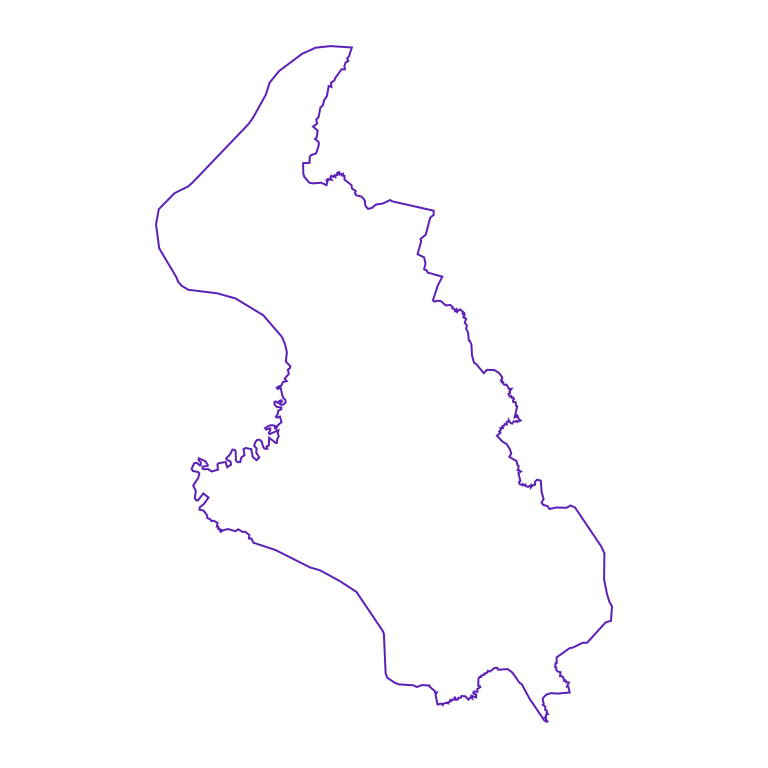 Pak Khat, Bueng Kan, Thailand (orthographic projection)
{"feature_id": "78962969B17401881155721", "entity_name": "Pak Khat", "entity_type": "district", "adm_level": 2, "iso_a3": "THA", "parent_name": "Thailand", "parent_adm1": "Bueng Kan", "projection": "orthographic", "projection_center": [103.357, 18.296], "detail": "fine", "context": "isolated", "style": "outline", "palette": "violet", "viewbox_px": 768, "rotation_deg": 0, "n_neighbors": 0, "source": "geoboundaries", "source_scale": "gbopen_adm2", "svg_char_len": 6106}
<svg xmlns="http://www.w3.org/2000/svg" viewBox="0 0 768 768"><path d="M351.8,47.5L330.7,46.1L315.6,47.7L302.1,53.8L279.0,71.1L269.6,82.7L265.9,94.5L253.2,117.5L248.5,124.1L192.5,182.6L188.3,186.3L174.5,193.2L158.8,209.2L156.0,224.4L159.2,248.3L176.5,277.5L178.1,281.7L181.6,285.8L188.4,289.8L217.1,293.3L235.6,298.5L263.2,315.2L282.0,336.9L285.1,344.5L286.9,352.4L285.8,361.6L290.4,366.2L290.0,368.0L287.9,369.7L288.8,373.9L284.7,378.7L286.7,381.1L282.8,382.1L281.7,385.1L276.8,387.6L277.9,389.0L280.6,387.6L282.8,397.3L285.3,399.8L285.6,402.4L283.4,404.5L280.7,404.8L279.7,403.8L281.9,401.5L281.5,400.3L279.5,400.8L277.7,402.8L275.5,401.4L274.3,402.2L274.6,404.8L277.0,407.0L281.4,407.5L281.2,409.4L278.2,410.6L277.9,413.5L275.9,416.9L277.0,417.6L279.9,416.5L281.5,422.2L277.8,425.3L276.1,428.9L274.8,428.2L275.2,426.0L272.4,425.2L269.1,425.6L265.1,428.2L266.3,429.6L270.2,428.3L270.4,429.9L268.8,433.0L269.6,434.1L278.4,430.3L277.7,432.8L278.7,436.2L277.2,439.3L276.9,442.9L275.9,443.1L269.2,437.8L268.8,445.5L266.6,446.4L267.3,448.8L264.6,448.7L263.2,447.0L261.7,441.5L259.9,439.8L257.2,439.9L255.1,442.5L254.2,446.0L256.6,448.4L256.3,452.8L259.3,457.4L256.6,460.2L252.8,457.0L251.2,449.1L245.7,448.0L243.5,449.1L244.5,455.1L241.3,457.5L240.2,462.1L237.4,462.2L235.9,460.3L235.6,451.2L234.6,449.9L232.5,449.6L230.0,454.4L226.2,458.4L226.7,459.6L230.5,461.5L231.1,464.7L227.2,467.2L225.6,462.0L218.4,463.3L217.5,464.3L217.9,469.7L211.7,471.5L208.0,469.0L203.8,469.3L202.5,468.6L202.6,466.8L207.6,465.8L207.8,464.9L205.4,461.2L198.9,458.3L198.4,459.9L200.8,462.3L200.7,465.2L199.7,465.4L197.1,463.0L194.2,463.2L191.6,468.8L192.9,471.0L198.1,472.0L199.4,473.3L198.2,478.0L193.2,485.6L195.8,490.9L194.8,498.4L196.6,500.5L198.0,500.4L203.3,493.4L208.5,497.5L203.9,504.0L199.8,507.2L199.4,509.6L203.6,510.6L207.0,515.2L207.3,518.0L210.5,519.5L211.0,520.8L214.1,520.9L217.6,522.9L216.8,526.6L218.4,526.8L218.2,528.9L220.9,529.6L220.0,531.0L220.8,531.8L223.7,530.0L228.2,529.1L235.5,531.2L238.2,529.3L242.7,532.0L245.2,531.7L249.4,535.1L248.9,538.5L251.4,538.5L253.4,542.7L275.6,550.1L309.8,567.3L320.2,570.4L340.2,581.3L356.5,592.0L383.1,631.5L383.9,634.1L385.6,673.2L387.4,677.8L395.1,683.0L399.3,684.4L413.3,685.3L416.9,687.0L421.7,685.1L429.4,685.5L429.5,686.5L434.9,691.2L435.2,692.6L436.8,692.4L435.6,695.0L437.5,704.5L441.5,703.6L442.7,705.1L443.3,703.8L445.8,702.8L448.2,703.4L448.1,702.3L449.9,701.7L450.1,700.4L451.4,700.8L451.4,699.7L454.6,699.6L454.5,696.7L456.3,699.8L458.0,699.4L458.4,697.8L460.9,697.7L461.5,696.0L465.4,696.3L468.5,699.7L470.6,697.3L472.3,698.4L471.5,695.8L476.1,697.4L476.2,694.4L473.5,693.6L473.3,692.5L474.1,691.4L477.5,691.7L477.4,688.9L480.3,687.2L479.7,685.9L478.2,685.6L478.5,678.8L479.4,677.0L481.2,676.9L481.3,675.6L484.3,674.8L484.2,673.7L486.9,672.8L487.9,670.8L489.8,671.6L494.7,667.9L497.4,667.9L497.8,669.4L499.2,669.7L507.7,669.1L512.5,672.7L519.3,682.5L521.8,684.3L529.4,698.4L544.3,720.5L546.9,721.9L547.4,721.3L545.9,720.2L546.3,719.1L544.9,717.4L545.9,717.0L546.0,714.7L548.0,714.0L546.6,712.4L546.9,710.8L545.1,709.8L545.3,706.5L542.8,704.8L543.7,703.7L542.6,699.2L543.6,697.3L546.3,694.6L551.1,693.1L557.3,693.6L569.7,692.5L568.3,686.7L566.9,686.6L568.9,682.6L566.3,682.3L566.2,681.3L564.4,680.9L565.1,680.2L563.7,679.5L563.4,677.6L561.6,676.0L560.1,676.1L560.5,672.2L557.4,671.4L556.1,669.3L556.3,667.5L555.1,667.1L555.6,663.1L556.7,663.1L556.6,657.4L569.7,648.1L572.9,647.6L582.3,642.9L587.1,642.7L605.6,622.4L611.0,620.8L612.0,606.4L609.5,602.0L607.1,594.4L604.1,579.5L604.4,553.2L601.3,546.5L575.1,507.6L570.6,505.5L566.4,507.8L556.2,507.5L549.6,509.0L547.4,506.1L543.1,504.8L541.5,502.5L543.6,499.1L541.6,491.9L540.8,480.6L537.1,479.7L535.3,481.4L534.8,485.0L532.5,485.4L531.0,487.2L531.1,485.0L528.1,486.9L525.4,485.9L525.5,484.6L523.9,485.0L522.9,484.1L522.3,485.2L519.5,483.9L519.0,481.9L520.4,481.0L518.4,473.2L520.9,471.5L518.4,470.5L519.1,470.2L518.1,469.4L518.6,465.9L517.4,464.8L516.5,461.0L509.3,456.9L511.3,453.5L509.7,448.9L506.6,444.0L502.6,441.7L496.9,435.6L500.4,432.8L499.2,431.4L500.8,430.2L500.4,428.1L502.9,428.1L502.3,426.3L504.2,425.6L504.6,424.1L506.8,424.5L506.7,422.0L508.5,421.6L508.7,420.0L510.3,422.7L512.1,423.6L513.9,421.2L515.7,421.8L516.7,420.9L517.5,421.8L520.6,420.5L518.7,418.9L517.3,415.3L516.1,415.2L516.2,417.0L514.7,417.4L517.2,406.4L516.3,406.1L515.6,402.3L513.3,402.0L513.0,400.3L514.0,399.0L513.1,397.4L511.8,397.8L511.0,396.0L509.7,396.5L508.5,394.0L510.1,393.0L509.4,391.7L511.5,388.8L509.0,389.0L506.6,384.6L504.7,384.9L503.1,383.7L503.3,382.2L501.6,382.1L501.9,380.1L500.3,380.7L502.1,378.9L502.2,377.4L499.2,373.1L494.2,370.0L486.8,369.9L483.8,373.2L476.2,364.0L474.0,362.7L472.0,355.2L471.4,344.5L470.0,341.1L468.8,340.5L468.1,332.5L466.2,329.0L466.8,325.2L464.7,322.8L466.2,318.8L463.5,317.3L464.2,316.3L462.9,313.9L464.5,314.2L464.1,312.9L460.0,309.3L457.9,311.1L456.9,309.8L456.8,311.7L455.7,310.6L454.9,311.1L454.8,309.3L452.3,308.4L452.7,307.1L450.3,305.0L445.7,305.4L440.8,301.0L436.7,300.8L434.9,301.7L432.9,300.4L437.8,285.5L442.3,276.7L427.7,272.6L426.8,270.5L424.1,269.4L425.5,263.5L424.1,257.4L417.6,254.2L421.1,241.4L420.5,239.0L425.8,234.6L430.2,217.6L433.6,215.0L433.7,210.7L392.1,201.3L390.2,200.0L382.9,203.5L376.0,204.5L371.8,208.0L368.0,208.9L365.3,205.5L364.9,201.2L363.7,198.8L361.2,196.5L356.1,195.2L354.9,193.0L355.8,191.1L351.9,188.4L351.5,185.1L344.5,179.6L344.5,175.8L342.5,175.7L342.8,174.1L341.6,174.9L340.8,173.8L339.6,174.4L339.0,172.0L337.1,173.0L337.5,174.8L335.7,175.2L335.5,176.8L334.4,175.4L333.5,176.9L331.3,175.7L330.3,177.8L331.6,179.8L327.8,179.1L327.8,180.6L326.6,180.4L327.2,183.0L326.5,185.2L321.2,182.7L312.7,183.4L309.3,182.7L304.3,176.8L303.3,173.7L303.1,163.2L309.5,162.8L309.8,156.6L311.0,155.2L316.1,153.4L318.8,145.1L318.7,142.1L315.0,138.9L316.8,137.1L317.6,130.5L313.0,126.6L317.1,123.7L316.3,119.6L318.6,117.1L320.4,107.6L322.9,105.3L324.1,100.2L326.9,96.1L328.7,86.0L331.4,87.0L331.0,82.8L334.4,80.5L335.1,78.2L341.6,69.3L344.9,69.3L344.4,66.1L345.7,62.3L348.4,61.0L347.1,58.6L349.1,56.0L351.8,47.5Z" fill="none" stroke="#5b21b6" stroke-width="2"/></svg>